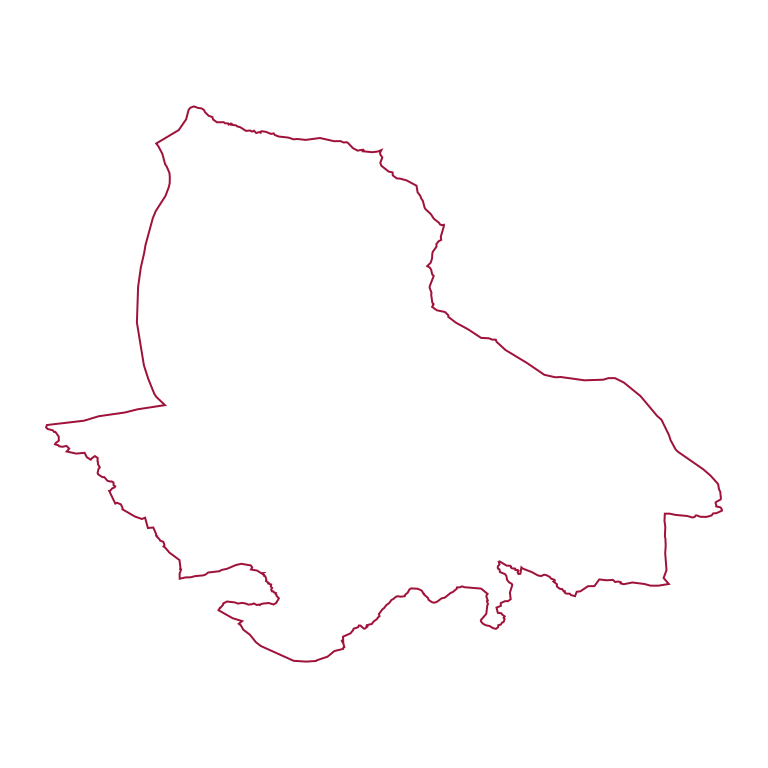 the district of Trøgstad nor, Østfold, Norway
{"feature_id": "86288312B38891464101956", "entity_name": "Trøgstad nor", "entity_type": "district", "adm_level": 2, "iso_a3": "NOR", "parent_name": "Norway", "parent_adm1": "Østfold", "projection": "robinson", "projection_center": [11.334, 59.671], "detail": "fine", "context": "isolated", "style": "outline", "palette": "rose", "viewbox_px": 768, "rotation_deg": 0, "n_neighbors": 0, "source": "geoboundaries", "source_scale": "gbopen_adm2", "svg_char_len": 6095}
<svg xmlns="http://www.w3.org/2000/svg" viewBox="0 0 768 768"><path d="M136.9,322.5L143.9,365.3L148.2,378.7L154.2,393.6L156.3,396.9L164.9,405.1L137.6,409.3L124.9,412.5L98.9,416.2L84.0,420.7L46.9,425.0L46.1,427.4L47.6,429.0L52.8,430.3L54.2,432.0L55.4,431.9L58.7,436.5L58.8,440.7L55.7,443.0L55.0,444.3L58.6,445.4L59.2,446.3L62.5,446.8L66.5,445.9L69.2,448.6L66.7,451.5L76.2,453.6L84.6,452.8L86.8,457.2L90.8,459.7L91.9,458.2L94.9,456.1L97.7,458.0L97.5,461.4L98.0,462.0L97.9,464.0L99.8,467.5L98.5,468.9L97.6,473.1L98.1,474.3L102.3,477.1L104.2,477.1L107.4,480.7L110.3,481.6L111.6,481.4L113.5,482.5L113.6,485.2L115.2,486.3L114.6,487.4L112.1,488.5L110.1,490.8L109.2,490.9L115.3,503.6L117.1,502.8L120.9,504.4L122.6,507.9L122.4,509.3L135.1,516.6L141.9,519.0L145.1,517.7L147.9,528.0L153.3,527.5L156.1,534.0L156.1,535.7L157.2,536.2L157.2,537.1L159.4,539.1L160.2,540.7L163.3,541.8L164.5,545.1L163.5,546.5L164.9,547.3L169.5,552.7L179.5,560.1L180.4,567.4L180.1,569.1L181.1,569.4L179.6,573.8L179.7,578.7L185.6,577.4L190.7,577.3L195.1,576.1L203.2,575.4L205.7,574.5L208.2,572.5L219.6,571.2L221.4,570.0L227.0,568.8L235.7,565.1L241.2,563.8L250.8,565.4L252.2,567.4L251.0,569.5L257.2,570.6L261.2,573.2L263.1,573.1L262.5,573.5L262.6,574.2L264.1,574.9L264.0,575.8L265.2,576.2L265.7,577.5L266.3,579.5L266.0,581.1L267.8,582.2L268.1,583.4L269.2,583.4L269.4,584.0L271.2,584.5L270.7,586.4L272.1,587.9L271.2,589.6L271.9,591.3L273.4,591.4L273.8,592.3L275.9,593.0L275.5,593.9L276.5,594.9L276.5,595.9L278.9,598.3L276.2,602.9L273.6,604.5L268.7,603.0L262.9,603.6L260.5,604.3L259.9,605.1L258.9,604.6L256.8,605.0L253.8,603.4L252.2,604.2L248.5,604.6L244.8,603.3L241.9,602.9L237.8,603.6L235.3,602.5L227.0,601.5L223.2,603.5L223.2,604.6L220.4,607.8L220.0,607.7L218.5,610.2L232.6,618.2L242.1,621.1L238.8,623.8L240.8,625.2L243.3,629.7L250.0,634.8L255.9,642.2L260.8,646.0L293.6,660.8L305.9,661.6L315.9,661.0L317.0,660.2L327.5,656.7L334.3,651.1L343.1,648.9L343.4,647.5L344.3,647.2L343.4,643.6L341.4,640.2L343.2,641.3L343.0,636.7L350.4,633.4L353.0,630.3L353.6,628.7L358.1,627.2L358.9,625.5L360.4,625.6L363.8,628.6L364.8,628.6L367.5,626.6L367.3,625.9L366.6,625.8L366.8,625.2L371.9,623.9L373.4,621.7L377.3,618.8L377.6,617.8L379.5,616.2L378.9,614.1L382.5,609.2L384.0,608.2L386.4,605.0L389.1,603.2L391.5,599.9L393.2,599.1L395.9,596.8L397.8,596.2L400.6,596.7L404.8,596.2L405.3,594.6L407.7,592.7L409.4,589.5L411.1,588.4L417.2,588.7L420.2,589.8L422.1,591.0L422.9,592.8L424.0,593.7L423.8,594.3L428.0,598.0L428.5,599.8L432.0,602.2L434.2,602.7L436.8,601.9L441.7,598.3L444.7,597.7L450.7,592.9L452.7,592.1L456.7,588.8L457.0,587.4L459.5,587.4L462.1,586.4L464.4,587.2L481.1,588.6L487.6,593.9L486.5,595.5L486.4,596.7L487.8,600.6L486.9,601.2L488.0,604.1L487.3,605.2L486.3,613.8L480.9,620.1L480.9,621.3L482.7,623.5L485.6,625.2L489.6,626.0L492.8,628.0L495.9,628.9L498.1,627.2L498.3,625.2L500.8,624.6L501.9,622.8L503.7,621.8L504.6,619.0L503.6,617.9L504.7,616.4L502.1,614.5L501.4,613.3L497.8,612.8L496.5,607.6L500.8,605.9L500.8,603.0L505.3,601.1L508.0,601.2L510.7,599.2L509.9,592.6L512.3,585.0L511.7,583.8L509.0,582.3L507.0,579.7L506.4,576.0L505.0,574.1L499.9,572.0L499.5,569.4L498.1,568.7L497.7,567.7L498.0,566.1L499.5,564.4L498.8,561.8L499.6,561.4L506.6,565.6L510.3,565.8L511.0,566.5L510.9,567.5L512.2,568.4L515.2,568.6L515.4,570.0L517.9,570.1L518.4,570.6L517.6,572.3L518.5,574.0L520.4,573.7L521.4,567.4L522.8,568.6L532.1,572.2L537.8,575.4L541.0,576.1L544.2,574.7L546.4,575.2L549.6,576.8L551.2,578.7L554.5,579.8L554.8,580.8L553.5,581.6L557.0,584.3L556.8,586.2L557.6,587.2L560.3,589.0L562.2,589.1L563.6,591.2L564.8,591.2L564.7,592.6L566.4,593.6L569.8,593.7L571.0,595.1L575.0,596.2L576.7,591.8L580.4,591.3L588.0,586.2L594.4,586.1L599.3,579.4L606.3,580.3L612.9,579.9L615.2,582.0L618.3,581.5L620.9,582.3L620.6,583.4L623.7,584.2L632.4,582.5L644.4,584.0L650.7,585.7L658.3,585.7L668.8,584.0L663.6,578.0L666.5,570.1L665.2,553.2L665.7,545.7L665.4,538.4L664.9,536.4L665.3,526.9L664.5,520.9L664.8,513.7L669.9,513.7L675.5,514.9L687.3,516.0L692.1,517.4L693.7,517.3L695.0,516.6L695.5,515.6L696.8,515.4L700.5,516.8L706.5,516.9L711.5,515.5L713.2,513.4L716.3,513.2L721.9,510.7L721.9,509.5L720.5,507.4L716.2,506.4L716.4,505.3L715.6,503.4L715.7,502.2L720.6,499.5L720.9,498.3L720.2,491.5L719.1,489.6L718.1,484.2L717.3,483.1L710.6,475.7L703.4,469.4L677.9,451.7L675.7,449.6L670.6,440.2L669.0,435.2L661.5,419.8L657.1,415.9L640.6,396.2L623.8,382.5L614.9,378.1L608.5,378.1L603.2,379.7L584.4,380.3L560.8,377.0L555.4,377.3L544.3,374.8L526.5,362.7L505.6,350.1L496.5,341.8L495.8,339.7L492.1,339.6L489.0,338.3L481.1,337.9L468.2,329.4L456.1,322.8L448.3,316.9L448.4,315.4L445.0,312.0L436.9,310.3L432.1,306.9L433.4,304.8L433.0,304.5L433.4,303.8L432.3,302.6L431.2,294.9L431.5,292.7L429.6,287.8L429.7,286.3L433.7,276.0L432.1,274.1L431.2,269.8L429.7,267.5L427.2,266.1L430.7,262.7L432.0,258.6L432.4,253.2L432.9,251.6L436.5,246.6L436.4,244.0L438.7,241.2L441.2,239.9L440.8,236.7L443.9,226.1L443.9,224.8L441.6,225.2L440.0,224.4L439.1,222.9L433.9,218.8L430.9,214.2L425.4,209.0L424.6,207.6L422.9,201.0L421.2,198.5L420.3,195.9L417.6,192.3L416.5,185.7L406.6,180.4L400.0,178.6L396.7,178.4L392.8,175.4L392.6,172.4L388.7,171.6L381.4,165.8L380.3,162.8L382.3,157.5L380.2,154.3L380.1,152.5L381.3,150.1L378.0,151.5L372.4,152.2L363.2,151.3L363.9,150.6L363.2,149.7L357.5,150.6L352.9,148.1L347.9,142.9L346.6,142.2L343.7,142.5L340.5,141.1L334.1,141.2L320.0,138.0L305.6,139.9L297.5,139.0L293.5,139.3L288.4,137.6L278.6,136.5L274.6,134.9L273.7,133.4L270.9,133.9L265.8,131.8L261.6,131.2L260.8,131.7L260.6,132.7L259.3,132.1L256.2,133.0L254.0,130.7L252.2,131.6L249.9,130.5L246.0,130.9L240.2,127.2L237.2,126.4L236.2,125.4L231.5,124.8L231.9,124.1L231.0,123.5L228.7,124.6L228.2,123.5L224.9,123.2L223.7,122.2L217.0,122.3L213.1,119.5L212.4,117.1L208.6,115.7L205.2,112.4L203.8,109.8L201.2,108.3L198.2,108.0L193.8,106.4L190.3,107.8L188.6,109.9L186.1,119.4L178.7,130.1L156.2,143.5L158.2,146.0L162.3,153.7L165.1,164.1L166.7,166.6L169.4,172.8L169.8,176.5L169.7,183.3L168.7,187.4L165.5,195.9L155.8,211.0L152.8,218.2L145.5,245.0L144.2,252.8L140.8,267.6L138.1,286.9L136.9,322.5Z" fill="none" stroke="#9f1239" stroke-width="2"/></svg>